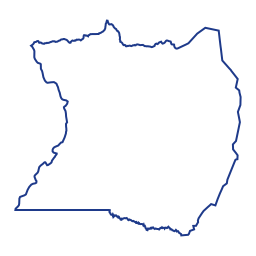 the district of Marechal Thaumaturgo, Acre, Brazil
{"feature_id": "56859067B20321817435664", "entity_name": "Marechal Thaumaturgo", "entity_type": "district", "adm_level": 2, "iso_a3": "BRA", "parent_name": "Brazil", "parent_adm1": "Acre", "projection": "equal_earth", "projection_center": [-72.677, -9.092], "detail": "fine", "context": "isolated", "style": "outline", "palette": "blue", "viewbox_px": 256, "rotation_deg": 0, "n_neighbors": 0, "source": "geoboundaries", "source_scale": "gbopen_adm2", "svg_char_len": 5668}
<svg xmlns="http://www.w3.org/2000/svg" viewBox="0 0 256 256"><path d="M230.9,70.1L229.1,68.2L228.4,67.4L222.3,60.5L220.9,48.8L220.6,46.7L220.3,44.3L218.7,30.6L216.7,30.2L205.3,27.8L197.1,33.7L196.5,34.4L188.4,43.3L185.8,44.6L179.2,47.7L178.2,48.2L177.4,48.5L176.4,48.6L175.7,48.3L175.1,47.8L174.5,46.9L174.2,45.9L174.1,44.6L173.1,44.4L172.1,44.5L171.4,44.0L171.1,43.3L171.0,42.4L170.6,41.5L169.6,41.3L168.8,41.1L167.6,40.6L166.7,40.5L166.1,40.8L165.7,41.3L164.8,42.5L164.0,43.1L163.4,43.4L162.5,43.6L161.7,42.7L161.1,41.7L160.3,42.0L159.5,42.3L158.8,42.7L158.5,43.3L158.0,43.8L157.3,44.1L156.7,43.6L155.6,43.9L154.8,45.0L154.6,45.9L154.1,46.2L153.5,46.4L153.0,46.7L152.3,47.0L151.4,47.1L150.6,46.7L149.7,46.5L148.5,46.4L147.9,46.2L146.9,46.4L146.2,46.2L145.5,46.1L144.7,46.1L143.8,45.5L142.9,44.9L142.2,45.0L141.5,45.0L140.7,45.1L140.0,45.1L139.2,44.8L138.4,44.6L137.6,44.4L136.8,44.5L136.2,44.7L135.7,45.3L135.0,45.4L134.4,45.0L133.7,45.3L132.9,45.3L131.9,45.9L131.3,46.1L130.6,45.9L129.8,45.6L128.8,45.8L128.1,46.0L127.5,45.9L126.7,46.3L125.9,46.2L125.4,45.2L124.8,45.2L124.3,44.9L123.6,45.1L123.0,44.5L122.7,43.9L122.4,43.3L121.7,42.5L120.9,42.0L120.2,41.7L120.3,40.5L119.8,39.6L120.0,38.0L119.9,36.7L119.6,36.0L119.5,34.9L119.3,33.8L119.1,32.9L118.7,32.1L118.1,31.6L117.8,31.0L117.2,30.9L116.6,30.1L116.2,29.1L115.5,28.7L115.0,28.4L114.2,27.5L113.5,26.6L113.3,25.9L112.9,25.2L112.3,24.9L111.8,24.3L111.2,24.1L110.6,24.3L109.8,24.5L109.1,24.3L108.5,23.2L108.0,22.2L107.8,21.4L107.6,20.7L106.9,20.6L106.5,22.0L106.3,23.0L105.8,23.7L105.7,24.6L105.6,25.7L105.4,26.7L105.3,28.0L105.1,28.8L104.7,29.4L104.4,30.2L103.7,30.7L103.2,31.4L102.2,31.9L101.4,32.4L100.8,32.8L100.1,33.1L99.2,33.2L98.7,34.0L91.9,34.1L90.9,34.1L90.4,34.1L89.9,34.5L89.4,35.0L88.8,35.1L88.3,35.6L88.1,36.3L87.3,35.9L86.7,35.5L85.9,35.7L85.0,35.2L84.0,35.2L83.6,36.1L83.6,37.1L83.5,37.9L83.1,38.7L82.2,39.2L81.6,39.8L80.8,40.4L80.0,39.8L79.2,39.6L78.3,39.6L77.6,39.8L76.8,39.6L76.2,39.9L75.6,40.6L74.9,40.4L74.3,40.8L73.5,40.8L72.4,40.5L71.7,41.0L71.3,41.5L70.8,41.8L70.5,42.7L69.7,42.8L68.9,42.3L68.3,41.6L67.6,40.8L66.8,40.0L65.9,39.6L65.2,39.4L64.3,39.0L63.5,39.0L62.8,39.3L61.8,39.4L61.2,39.5L60.6,39.8L60.1,40.4L59.2,40.7L58.6,40.8L57.8,41.4L57.1,41.7L56.2,41.8L55.4,41.9L54.7,41.3L53.9,41.4L53.0,41.2L52.3,41.4L51.3,41.9L50.5,42.0L49.6,42.5L48.7,42.8L47.7,43.0L47.0,42.8L46.1,43.2L45.5,43.2L44.6,43.3L44.1,43.8L42.8,43.6L42.0,43.4L41.4,42.8L40.5,42.5L39.9,42.8L39.1,42.7L38.6,41.5L38.0,41.0L37.0,41.2L36.2,41.8L35.5,42.0L34.8,42.1L34.2,42.3L33.8,43.3L33.1,44.2L32.3,44.9L31.7,45.3L31.1,45.7L32.2,46.7L32.8,47.7L34.0,49.8L34.4,51.1L34.3,57.2L34.8,58.8L36.6,61.6L37.7,62.8L40.3,63.7L40.8,64.2L40.9,68.8L42.1,71.1L42.6,73.1L43.4,77.2L44.9,80.6L46.5,82.4L47.6,82.8L48.9,82.6L51.1,82.3L53.9,82.1L55.8,83.2L56.7,84.1L57.0,85.1L58.0,87.2L58.6,89.8L59.7,92.7L60.5,96.3L61.2,98.0L62.1,99.2L63.3,99.8L66.2,100.4L67.7,101.5L67.2,103.7L65.5,106.0L64.6,106.4L63.9,107.2L64.2,108.6L65.5,111.0L65.9,113.4L66.1,116.5L66.8,120.6L66.9,121.4L67.1,122.2L66.0,123.9L66.1,126.8L66.3,128.1L66.4,130.7L66.0,132.0L65.9,133.5L64.6,137.5L62.5,142.2L61.1,142.5L59.4,144.2L58.3,145.5L55.4,146.7L54.0,147.5L53.1,148.6L52.6,149.8L52.6,151.4L53.6,152.6L56.7,153.5L56.6,154.3L55.4,155.7L55.0,156.7L54.3,157.4L52.0,160.6L51.5,162.4L50.7,163.2L48.1,165.0L47.1,165.2L45.5,162.5L45.0,162.2L44.0,162.7L43.2,163.6L40.6,165.6L39.2,167.2L38.2,171.5L37.6,172.7L35.1,175.1L34.5,176.1L34.6,177.1L35.8,180.2L36.5,181.1L36.3,182.7L35.3,183.3L32.9,183.8L31.3,184.6L29.2,187.0L27.6,189.9L25.9,194.4L24.5,195.3L20.1,196.9L19.4,198.5L19.2,203.6L18.9,205.2L17.9,206.5L15.6,208.7L15.4,210.0L108.9,210.0L109.8,210.1L109.8,211.0L109.4,211.8L109.7,212.6L110.4,213.3L110.8,214.5L111.5,214.7L112.3,215.1L112.8,214.2L113.2,215.0L113.1,215.9L113.7,215.6L113.7,216.7L114.2,216.2L115.1,215.7L115.9,215.3L116.6,216.2L117.3,216.8L118.0,216.3L118.8,216.7L118.7,217.7L119.3,217.6L120.1,218.8L121.0,218.9L120.9,219.7L121.5,219.8L122.0,218.6L122.7,218.8L123.3,218.6L124.2,218.1L125.0,218.1L125.6,218.3L126.1,218.2L126.7,218.0L127.1,218.5L127.7,219.1L128.2,220.0L128.7,220.2L129.4,219.5L130.1,219.8L131.0,220.1L131.6,220.7L132.4,221.2L133.2,220.9L133.8,221.1L134.3,221.7L135.1,222.0L136.1,221.9L136.2,223.0L137.3,223.0L138.1,222.5L138.5,223.6L139.2,223.2L139.6,223.9L140.5,224.1L141.2,224.0L142.1,224.0L142.9,224.4L143.3,225.3L143.7,224.6L144.0,225.6L144.8,225.7L144.9,226.6L145.5,227.3L145.7,228.4L146.4,228.9L146.6,229.9L147.5,230.2L147.8,229.5L148.1,228.5L148.9,228.7L149.9,228.9L150.4,228.0L151.0,227.7L151.7,228.4L152.2,227.6L153.1,227.4L153.7,228.2L154.3,228.7L154.8,229.0L155.6,228.5L156.5,228.8L157.1,229.0L157.7,229.0L158.3,229.0L159.1,229.5L159.8,228.8L160.3,228.0L160.9,227.8L161.5,228.0L162.0,227.3L162.8,228.1L163.6,227.8L164.5,227.9L164.7,228.5L165.3,227.7L166.0,227.7L166.9,228.1L167.4,227.9L167.7,227.3L168.4,226.7L169.1,227.6L170.1,228.4L170.4,229.4L171.2,229.2L171.9,229.6L172.3,230.3L173.2,230.5L174.3,231.2L175.3,230.7L175.9,229.9L176.6,230.6L176.8,231.5L177.4,231.4L178.1,231.2L178.6,231.9L179.0,232.8L180.0,233.3L180.5,233.8L181.1,234.1L181.3,235.4L188.1,234.8L188.9,233.9L190.0,230.9L194.1,229.4L193.3,225.9L196.0,225.8L197.2,223.7L198.1,222.2L197.9,220.5L198.6,218.3L202.1,213.0L203.7,210.8L204.3,210.3L208.0,206.9L209.4,205.7L211.1,204.1L215.4,205.4L217.6,199.2L219.9,193.5L221.7,189.5L223.1,186.2L226.8,183.4L227.4,179.7L230.4,172.2L234.4,162.3L235.4,159.9L236.2,159.4L237.4,159.2L237.6,155.3L236.1,153.2L233.1,149.4L232.9,144.4L236.0,141.0L238.1,130.9L239.9,122.2L239.4,119.5L237.9,111.9L240.4,105.0L240.6,97.0L239.5,92.7L239.2,90.4L235.8,87.6L237.7,79.0L231.2,70.7L230.9,70.1Z" fill="none" stroke="#1e3a8a" stroke-width="2"/></svg>